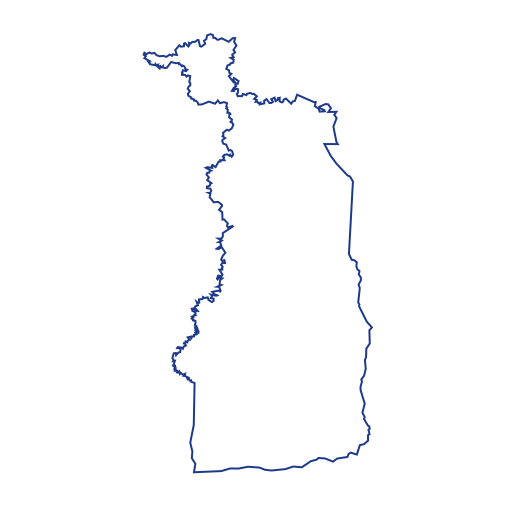 the district of Santuk, Kâmpóng Thum, Cambodia, rotated 93°
{"feature_id": "14789045B50738302536957", "entity_name": "Santuk", "entity_type": "district", "adm_level": 2, "iso_a3": "KHM", "parent_name": "Cambodia", "parent_adm1": "Kâmpóng Thum", "projection": "natural_earth1", "projection_center": [105.23, 12.591], "detail": "fine", "context": "isolated", "style": "outline", "palette": "blue", "viewbox_px": 512, "rotation_deg": 93, "n_neighbors": 0, "source": "geoboundaries", "source_scale": "gbopen_adm2", "svg_char_len": 6004}
<svg xmlns="http://www.w3.org/2000/svg" viewBox="0 0 512 512"><g transform="rotate(93 256 256)"><path d="M475.2,306.6L472.6,279.4L469.5,270.6L469.2,262.4L466.9,253.0L467.1,241.5L469.0,235.8L469.4,229.3L467.3,215.5L464.3,207.8L464.6,199.2L458.0,190.4L456.2,184.8L454.4,183.0L454.6,176.3L457.3,168.4L454.0,164.3L451.9,154.2L448.9,153.2L447.4,151.2L449.0,144.9L439.5,142.4L438.2,138.2L434.5,134.4L429.1,134.8L428.0,133.3L423.6,134.6L422.6,133.4L420.3,133.9L419.3,135.5L413.1,139.6L411.2,139.0L407.0,141.5L397.7,139.7L384.9,144.4L381.4,144.8L375.7,143.6L373.9,144.4L369.9,141.8L362.9,140.5L354.2,141.8L351.2,140.8L342.8,141.0L337.4,137.8L324.3,138.9L321.3,136.5L315.8,141.9L300.9,150.4L299.0,150.2L297.0,151.5L282.6,150.7L279.1,152.0L274.8,150.0L271.9,150.2L269.1,152.4L265.6,151.9L264.1,154.0L260.9,155.3L257.0,155.0L255.1,157.6L254.8,160.2L249.1,163.3L176.5,163.1L171.7,166.3L170.7,168.9L159.3,180.7L152.0,186.7L140.6,193.5L140.0,180.2L138.1,181.6L122.7,185.5L114.1,182.7L110.9,185.2L107.8,183.3L108.4,191.3L104.5,188.9L100.8,191.8L100.6,194.5L103.7,200.6L105.0,199.9L106.8,195.3L107.9,194.9L108.5,200.0L105.6,201.2L103.4,205.0L99.1,204.5L99.4,205.9L92.8,223.4L99.1,225.3L99.7,227.4L102.1,228.8L97.2,234.3L98.4,236.6L100.4,236.9L101.3,238.2L100.2,240.6L96.7,240.6L97.2,242.3L99.0,242.7L100.3,244.5L96.9,245.7L98.6,249.0L101.0,247.1L102.3,248.6L102.5,250.6L98.8,253.7L100.5,256.0L103.2,255.7L104.3,260.0L102.6,259.6L103.3,261.7L101.9,262.7L102.0,264.4L100.1,263.4L99.2,266.0L96.5,263.5L94.1,266.7L94.5,268.0L93.4,270.2L94.5,273.5L95.8,274.0L94.9,277.6L97.1,278.3L97.3,282.6L95.3,283.6L93.7,282.6L90.4,282.6L90.0,285.3L92.5,286.8L92.4,288.7L89.2,287.0L87.5,284.7L86.2,285.7L85.0,284.8L84.9,283.2L82.2,282.6L79.4,287.4L81.3,288.1L84.1,285.6L83.8,287.4L77.8,292.5L75.4,290.1L74.5,292.2L71.9,292.8L70.6,295.5L67.2,294.4L66.1,291.8L65.0,291.7L64.1,288.8L61.0,288.6L59.5,291.6L58.6,288.8L56.2,290.3L53.7,287.5L51.5,289.3L46.8,286.6L43.1,289.1L39.5,288.2L39.7,290.7L43.5,294.5L40.4,301.7L42.1,305.1L41.8,306.5L40.3,308.0L40.4,310.0L37.7,310.5L36.8,313.0L38.3,316.4L41.9,316.9L43.9,319.2L46.8,317.9L49.8,321.5L49.4,322.9L43.4,324.7L43.3,325.7L45.4,328.2L45.5,330.8L47.2,332.4L46.7,334.1L48.9,333.6L50.3,334.5L47.1,338.0L47.7,339.0L50.3,338.9L50.9,341.8L49.6,343.6L54.6,347.4L59.4,345.5L59.0,349.7L60.5,350.4L59.4,352.7L61.8,355.9L61.0,358.9L61.6,362.7L60.6,365.9L58.4,368.2L59.3,370.7L58.3,372.9L60.1,376.2L58.9,378.1L60.9,378.7L62.2,376.4L64.3,377.8L66.6,372.9L67.3,373.7L67.8,372.2L68.5,373.0L70.0,371.9L70.8,366.6L69.6,366.4L70.5,365.6L70.2,364.3L70.9,364.8L71.2,363.6L71.7,364.5L73.8,362.0L71.5,361.2L72.5,360.0L71.6,359.1L72.3,359.2L73.1,357.2L72.6,354.8L66.7,350.9L67.7,346.2L67.2,343.2L68.4,343.0L68.1,342.3L70.3,339.9L69.6,339.4L70.5,337.4L73.2,336.1L73.6,334.4L75.1,335.6L74.3,338.6L76.9,339.5L77.8,338.2L77.5,339.4L79.0,339.4L78.8,336.5L80.5,334.6L79.2,333.5L79.8,331.1L85.9,331.7L87.0,330.6L89.1,330.6L90.4,332.2L92.6,332.9L94.9,330.7L97.7,332.6L99.5,331.9L101.1,328.9L102.1,329.0L102.9,326.2L104.0,326.1L104.0,324.4L105.5,322.4L107.8,321.5L107.5,318.1L104.3,311.1L106.1,304.9L102.7,302.2L105.3,300.0L104.0,296.0L104.9,292.9L108.3,293.5L109.1,292.5L110.2,293.4L111.7,291.7L114.4,292.1L114.4,290.1L115.5,289.1L115.9,289.9L118.9,290.1L121.1,287.1L123.0,287.6L123.5,289.2L123.8,287.0L126.1,285.5L129.7,286.8L132.2,289.7L131.4,291.7L134.8,295.4L136.8,294.8L138.2,295.7L139.8,293.0L141.8,295.5L143.1,295.7L145.5,294.6L146.3,291.6L152.2,288.7L151.5,287.0L152.5,285.4L156.1,284.1L158.1,285.5L156.2,287.1L157.2,287.7L156.0,290.3L156.6,292.9L158.5,294.3L159.2,293.0L160.5,293.6L162.0,292.5L162.2,296.8L163.5,296.5L163.7,298.3L169.3,301.0L167.4,304.2L168.0,304.9L170.3,304.2L169.8,309.1L170.5,310.7L173.1,305.4L173.5,306.6L175.3,307.1L175.4,309.0L177.2,309.7L180.0,307.1L182.8,308.7L185.6,304.3L186.6,305.7L188.1,305.7L189.3,308.6L190.8,308.6L191.2,305.1L193.1,304.1L195.4,305.0L195.5,306.5L196.3,304.8L199.7,305.4L204.6,301.0L203.9,296.7L206.6,292.8L207.8,292.5L211.8,295.3L214.1,292.0L221.4,291.4L221.2,289.7L225.0,285.8L227.5,286.6L228.9,285.5L227.2,281.1L227.7,280.7L234.9,290.4L238.0,290.1L240.4,291.3L240.6,294.5L242.4,291.0L244.1,293.9L244.2,292.4L247.4,291.3L250.8,295.6L251.1,293.9L249.0,290.7L254.4,286.7L257.4,289.1L261.5,290.6L262.8,289.3L261.8,287.5L262.6,287.0L264.7,286.6L264.6,289.1L266.6,290.4L268.6,288.7L270.7,289.7L271.3,288.1L271.6,291.9L276.3,288.5L277.9,289.3L277.5,292.7L280.6,293.8L281.4,293.1L279.6,291.9L280.1,288.5L281.9,290.6L286.5,290.9L286.8,289.3L288.7,293.1L288.8,291.1L292.6,289.5L293.4,289.9L292.5,291.5L294.1,297.8L296.3,295.6L297.3,292.7L297.8,293.6L296.9,299.0L298.2,297.7L300.4,298.9L300.8,296.1L303.1,296.0L304.3,297.6L302.3,301.2L299.8,302.1L300.7,305.3L299.7,306.7L301.9,307.3L302.3,310.7L305.6,310.2L305.9,311.4L304.8,312.9L308.2,311.5L309.5,314.0L310.7,314.5L313.9,311.4L314.0,313.1L311.7,315.9L312.0,317.4L314.3,316.5L315.3,313.5L316.7,313.4L317.8,314.3L318.3,313.4L319.9,316.7L320.6,315.6L321.9,316.9L322.7,315.3L323.6,315.5L324.0,312.3L324.3,313.5L325.6,312.8L328.3,313.4L329.0,312.0L330.5,313.2L332.4,312.5L331.0,310.9L332.5,310.4L333.4,312.0L334.3,309.4L335.4,309.5L334.6,310.6L335.6,312.7L336.5,312.1L335.4,310.8L337.3,311.1L338.1,313.9L339.5,313.7L339.8,315.4L341.5,316.4L339.8,316.5L340.8,319.9L343.1,318.1L344.6,320.1L345.7,320.1L345.1,321.9L346.4,322.0L347.1,324.3L347.1,322.5L349.1,321.3L350.2,323.5L352.4,324.1L351.4,325.6L351.0,329.3L352.1,329.9L352.1,327.4L353.2,326.4L356.0,326.7L356.5,328.5L359.2,330.6L357.1,331.0L357.5,333.1L362.5,334.1L364.1,332.8L365.3,333.3L364.9,331.5L369.2,332.7L369.6,331.1L370.7,330.9L370.7,332.0L371.7,330.6L372.9,331.5L373.1,329.5L373.3,330.7L374.9,331.1L374.6,328.8L376.4,328.9L376.5,327.6L375.3,326.6L377.7,325.8L376.6,325.0L378.4,322.8L377.5,321.0L379.2,321.7L378.8,320.7L379.6,320.8L380.8,317.6L381.6,319.2L381.5,318.3L382.7,317.7L382.0,316.6L383.9,315.6L383.6,314.3L385.0,314.1L386.0,310.7L428.1,309.3L445.8,311.9L454.6,309.3L461.2,309.5L466.7,305.7L475.2,306.6Z" fill="none" stroke="#1e3a8a" stroke-width="2"/></g></svg>